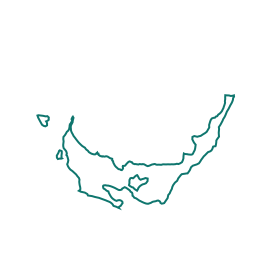 Baku City, Bakı, Azerbaijan (Equal Earth projection), rotated 208°
{"feature_id": "54616110B61947743987915", "entity_name": "Baku City", "entity_type": "district", "adm_level": 2, "iso_a3": "AZE", "parent_name": "Azerbaijan", "parent_adm1": "Bakı", "projection": "equal_earth", "projection_center": [49.825, 40.136], "detail": "fine", "context": "isolated", "style": "outline", "palette": "teal", "viewbox_px": 256, "rotation_deg": 208, "n_neighbors": 0, "source": "geoboundaries", "source_scale": "gbopen_adm2", "svg_char_len": 5368}
<svg xmlns="http://www.w3.org/2000/svg" viewBox="0 0 256 256"><g transform="rotate(208 128 128)"><path d="M42.2,153.0L42.4,154.1L42.8,155.3L43.3,156.7L44.1,158.4L44.1,159.3L44.0,160.4L43.6,163.1L44.8,165.0L45.7,166.5L46.5,168.4L47.1,169.9L48.2,171.4L47.9,174.5L47.9,176.2L47.9,176.6L47.9,178.6L48.1,180.6L47.9,183.0L48.0,185.4L48.4,188.9L48.2,192.0L48.3,196.4L48.2,198.5L48.3,200.4L48.6,202.2L49.2,203.7L49.1,205.5L49.7,206.3L49.8,206.5L51.1,205.3L52.4,204.5L54.0,204.2L55.3,203.6L56.3,203.1L57.5,202.6L56.5,200.5L55.8,199.3L55.0,197.1L54.1,195.8L53.6,193.3L53.4,191.8L53.1,190.4L53.1,188.9L53.0,187.0L53.4,185.0L53.9,183.5L54.6,182.2L54.8,180.3L55.8,179.3L56.1,177.9L57.4,177.0L58.5,175.7L58.7,174.0L58.5,172.3L57.8,168.8L56.5,166.6L56.6,163.9L56.7,161.6L57.6,159.6L58.6,158.0L60.1,155.2L61.6,153.9L62.7,152.8L65.7,152.0L66.9,150.4L65.9,148.2L62.9,146.1L60.4,145.0L59.2,141.7L58.7,139.8L58.7,138.8L58.7,137.1L58.6,136.0L58.8,135.0L59.7,134.1L61.3,133.4L62.5,132.9L63.7,132.6L64.7,132.1L65.9,131.7L66.7,131.7L66.4,130.8L65.7,129.0L64.8,127.2L64.4,125.1L64.3,123.1L65.5,121.1L66.6,119.8L68.0,119.4L69.2,118.3L70.6,117.4L72.7,116.3L73.8,115.6L75.5,114.8L77.5,113.6L80.0,112.4L81.4,111.1L83.6,110.1L84.3,109.7L85.1,109.2L86.0,108.9L86.9,108.9L87.8,108.6L88.8,107.7L89.6,107.1L90.5,106.0L91.0,105.3L91.8,104.4L92.7,103.6L94.1,103.4L95.3,103.5L96.7,103.5L98.0,103.1L98.6,102.5L99.8,102.0L101.0,101.5L101.6,100.7L102.9,100.2L104.4,99.7L105.2,99.2L106.4,99.0L107.5,99.0L108.3,99.6L109.7,99.4L110.8,99.3L111.7,98.3L111.9,97.5L112.5,95.6L112.6,94.6L113.0,93.2L113.7,92.7L114.7,92.1L114.6,91.5L113.5,90.2L113.4,89.0L113.7,87.9L114.5,87.6L115.1,87.8L116.0,87.6L116.9,87.3L118.0,87.4L118.9,87.7L120.3,88.0L121.4,88.4L122.2,88.8L123.2,89.5L124.0,90.0L124.8,90.6L125.6,91.7L126.7,91.9L127.1,92.8L127.5,93.4L128.2,93.3L129.1,93.0L130.2,93.0L131.2,93.1L132.5,93.2L133.0,93.1L133.8,92.9L134.3,92.6L134.9,92.0L135.7,91.5L136.9,91.3L137.4,90.6L138.3,90.6L139.2,90.2L139.5,90.2L140.2,90.4L141.2,90.4L141.5,90.7L141.7,91.1L142.1,91.5L142.2,91.4L142.3,91.2L142.5,90.9L143.2,90.8L143.3,91.1L143.7,91.7L143.9,91.2L144.1,90.7L144.2,90.1L144.3,89.7L144.7,89.2L145.6,88.8L146.1,88.6L147.5,88.3L148.2,88.2L149.5,88.2L150.2,88.3L151.0,88.3L151.8,88.6L152.3,88.9L152.8,89.1L153.4,89.2L154.2,89.3L154.7,89.4L155.5,89.7L156.1,90.0L156.7,90.4L157.3,90.4L158.3,90.5L159.8,90.6L161.0,90.9L163.1,91.5L164.4,91.9L165.9,92.5L168.8,93.8L170.0,94.4L172.3,95.4L173.8,96.5L175.4,97.5L176.5,98.4L177.2,99.1L178.0,100.4L179.0,101.9L179.6,103.5L179.6,105.6L179.6,107.0L180.0,108.0L180.3,108.9L180.6,110.2L180.9,111.4L182.0,112.1L182.1,111.7L182.1,110.8L182.0,109.3L181.2,108.8L180.9,108.1L180.7,106.8L180.8,106.1L180.8,105.4L180.7,104.8L181.1,104.0L180.8,103.4L180.7,102.8L180.1,101.4L179.5,99.4L179.5,97.7L180.2,95.9L180.2,93.9L180.3,92.2L180.8,89.8L179.9,87.8L178.6,86.0L178.0,84.5L177.3,82.7L176.4,81.2L175.2,79.9L173.5,79.3L171.6,78.4L170.1,76.9L169.7,75.2L168.9,75.0L167.4,73.6L165.6,71.6L164.9,69.4L164.7,67.5L163.0,66.0L161.3,65.0L159.3,64.2L156.9,63.9L154.2,63.2L151.9,62.6L150.1,61.7L147.8,60.8L146.6,59.6L145.8,57.6L144.7,56.0L143.7,54.7L142.5,53.4L141.6,52.1L141.2,51.1L141.9,49.5L139.7,49.6L135.8,50.7L132.9,50.6L131.7,49.6L127.7,51.0L124.8,51.6L120.8,52.7L114.3,53.6L113.6,53.7L112.2,53.8L110.6,54.0L108.9,54.1L107.5,53.9L106.3,53.6L105.4,53.2L104.4,52.5L103.7,52.5L102.4,52.8L101.0,53.0L99.6,53.0L98.4,53.1L98.6,53.2L99.0,53.9L98.5,54.9L97.8,56.1L97.8,57.4L97.5,59.0L98.2,60.1L99.2,60.5L100.1,60.6L100.7,60.6L101.5,60.4L102.8,59.6L103.9,58.3L105.6,58.1L107.5,58.3L109.0,58.6L110.5,59.2L111.9,60.0L113.1,60.8L114.7,61.9L115.5,62.8L117.4,62.6L119.6,63.1L121.1,63.1L121.7,63.5L122.5,64.5L122.8,65.4L122.5,65.9L121.2,66.8L119.6,67.3L118.3,67.9L116.2,68.4L114.1,68.7L111.7,68.9L109.8,68.9L107.3,68.9L106.0,69.4L104.7,70.6L104.7,71.7L103.1,74.2L101.4,74.3L99.7,74.1L98.3,73.9L97.0,73.7L96.0,73.0L94.1,72.8L93.2,72.0L92.2,70.3L91.3,70.2L89.7,69.4L87.7,69.7L83.6,69.2L82.7,69.3L81.3,69.3L79.6,69.4L78.4,69.5L76.5,69.8L74.7,70.5L72.7,72.6L72.2,73.5L71.3,74.7L69.0,76.5L68.5,77.2L67.4,78.1L65.7,78.2L64.8,77.8L64.1,77.1L62.8,77.0L61.7,77.8L60.8,78.7L60.6,80.4L60.4,82.4L60.1,84.6L61.0,87.8L60.5,89.8L60.7,92.0L60.7,94.8L61.2,96.8L61.3,98.9L60.9,101.8L59.8,104.5L60.0,107.1L59.3,111.0L58.9,112.4L57.5,113.5L56.5,114.2L54.8,115.5L54.1,115.9L53.8,117.9L53.6,119.9L53.9,122.9L53.1,125.1L51.5,126.8L50.2,128.1L48.8,130.1L48.6,131.5L48.5,132.4L48.4,134.4L48.1,136.3L47.8,138.5L47.2,140.2L46.7,142.0L46.0,144.3L44.6,145.8L43.8,147.3L43.7,149.3L44.1,151.5L43.4,152.2L42.2,153.0ZM94.3,77.4L95.4,77.9L96.8,77.6L99.2,77.7L100.3,78.0L100.9,80.2L101.4,80.9L102.3,82.8L102.3,84.8L101.1,85.8L100.0,85.9L99.6,86.7L99.0,88.7L98.2,90.3L97.7,90.7L96.5,90.0L94.9,88.9L93.7,88.3L92.5,88.3L91.6,89.4L90.2,90.7L89.1,92.0L86.9,92.6L85.8,90.3L86.2,87.7L87.3,86.3L88.7,85.0L89.6,83.5L90.3,81.9L90.7,79.8L90.5,78.6L90.6,76.9L91.4,77.0L93.0,77.1L94.3,77.4ZM206.2,99.6L208.7,98.9L213.1,97.2L213.8,96.5L212.2,95.0L209.4,93.1L206.8,91.4L205.4,90.5L203.3,90.3L201.7,90.7L200.7,92.3L201.7,94.2L202.5,94.9L203.4,95.4L202.9,95.9L201.9,97.6L201.9,98.1L202.1,98.3L202.9,100.1L204.7,100.6L206.2,99.6ZM176.7,76.4L177.8,76.2L178.1,75.3L177.8,73.8L177.8,72.4L177.9,70.2L176.8,68.4L175.3,67.7L174.0,68.9L172.7,69.5L172.0,70.2L172.8,70.4L173.2,71.5L173.6,72.0L174.6,74.6L175.6,76.4L176.7,76.4Z" fill="none" stroke="#0f766e" stroke-width="2"/></g></svg>